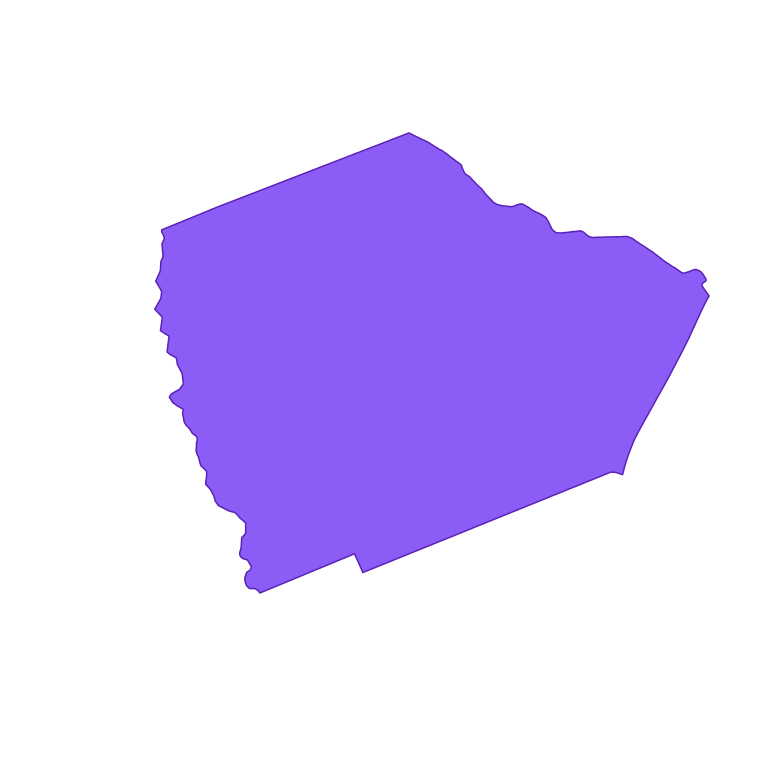 Hurlingham, Buenos Aires, Argentina, rotated 293°
{"feature_id": "61730980B67082136706980", "entity_name": "Hurlingham", "entity_type": "district", "adm_level": 2, "iso_a3": "ARG", "parent_name": "Argentina", "parent_adm1": "Buenos Aires", "projection": "albers", "projection_center": [-58.642, -34.598], "detail": "fine", "context": "isolated", "style": "filled", "palette": "violet", "viewbox_px": 768, "rotation_deg": 293, "n_neighbors": 0, "source": "geoboundaries", "source_scale": "gbopen_adm2", "svg_char_len": 3207}
<svg xmlns="http://www.w3.org/2000/svg" viewBox="0 0 768 768"><g transform="rotate(293 384 384)"><path d="M143.1,351.4L216.2,423.2L202.2,438.2L391.3,627.0L392.5,629.6L393.2,632.1L393.8,639.0L406.5,637.2L414.2,636.6L423.9,636.3L428.3,636.2L432.6,636.3L443.0,637.2L500.1,643.3L528.1,645.6L544.8,646.7L573.7,647.5L584.3,648.0L592.1,648.8L593.0,647.2L598.6,638.4L600.4,637.8L602.6,638.6L603.6,639.6L604.9,640.0L606.4,639.5L607.7,637.6L608.6,636.2L610.2,634.0L611.0,632.1L611.3,630.6L611.5,628.9L611.3,626.4L610.6,625.0L608.9,623.1L606.8,621.1L604.6,618.4L602.7,616.0L603.0,614.0L603.3,612.2L603.7,610.6L604.0,609.0L604.5,607.2L604.7,605.5L604.9,603.2L605.7,599.3L606.4,594.8L607.7,590.3L609.6,582.7L610.6,579.1L610.9,576.8L611.9,571.8L612.5,568.6L613.0,564.8L613.7,562.0L614.0,559.5L614.8,557.3L615.0,554.9L614.9,550.7L613.8,547.7L612.9,546.0L612.0,544.4L610.8,541.5L609.0,537.4L607.5,534.3L606.0,530.7L605.3,529.4L604.6,527.8L602.3,522.8L600.8,519.8L600.1,517.4L599.9,515.6L600.0,514.0L600.5,512.3L601.1,510.2L601.7,508.7L601.9,506.7L601.8,505.1L600.4,502.7L598.9,500.1L598.1,498.4L596.9,496.3L595.7,494.4L594.0,491.2L593.3,489.8L592.5,488.5L591.7,486.7L591.1,485.1L590.6,483.2L591.4,479.7L592.4,477.8L593.7,476.5L595.3,474.3L597.1,472.7L598.6,470.5L600.4,468.1L600.8,466.4L601.3,464.2L601.7,460.0L601.7,457.3L601.8,453.8L602.5,450.1L603.1,448.0L603.4,444.7L603.8,441.5L603.4,439.8L601.8,437.7L600.7,436.1L598.6,434.4L596.8,431.4L596.1,429.4L595.6,427.4L594.6,424.4L593.7,420.4L593.5,416.9L593.8,414.8L594.2,413.2L595.5,410.4L597.0,406.8L598.1,404.4L598.9,402.5L599.9,401.0L600.9,399.0L601.9,397.3L602.9,394.2L603.6,392.1L605.0,389.1L605.8,387.1L607.1,384.3L608.4,381.5L608.5,379.6L608.8,377.8L609.8,375.6L612.8,372.3L613.8,371.2L615.3,370.3L616.1,368.7L616.6,367.1L617.1,364.7L617.5,362.4L618.0,361.0L618.7,357.7L619.0,356.2L619.9,353.5L620.7,350.2L621.6,345.7L621.6,343.1L622.1,341.0L622.3,339.0L622.6,336.8L623.7,330.8L623.9,328.3L624.0,325.7L624.0,323.6L624.2,320.9L624.4,316.1L624.5,314.5L624.8,311.3L624.9,308.9L482.7,162.4L439.1,119.2L437.2,119.9L434.6,123.1L431.9,125.0L426.1,124.9L415.1,130.8L409.4,130.8L403.7,132.9L400.5,133.9L389.4,133.7L385.1,139.8L382.1,143.3L375.5,145.1L363.3,143.7L358.9,153.8L345.7,157.4L344.7,162.9L344.1,167.4L328.7,171.8L327.5,176.2L326.9,182.6L321.0,186.4L314.9,194.0L305.7,199.3L299.3,197.9L292.9,192.9L290.6,191.7L288.0,191.6L284.3,197.0L283.0,202.8L282.2,209.2L278.3,210.0L275.3,212.1L272.1,214.2L270.8,215.1L268.8,217.8L267.2,221.8L265.6,224.3L263.7,226.9L263.0,229.8L262.3,232.2L259.9,233.9L256.5,234.4L253.2,235.8L249.5,236.9L246.3,239.3L244.9,241.1L243.7,242.3L240.4,244.7L237.2,247.4L235.7,251.4L235.1,253.2L234.2,254.8L230.6,256.5L223.9,258.3L222.0,259.1L219.3,265.0L218.1,266.7L214.5,271.1L210.0,274.7L207.4,279.1L206.7,287.9L206.6,291.7L207.5,297.0L205.3,302.0L204.2,304.1L203.6,306.3L202.6,309.3L202.2,310.8L195.5,313.8L192.3,314.9L189.8,314.2L187.1,313.0L178.2,316.2L173.4,317.0L171.3,317.4L169.3,319.0L168.2,321.7L168.4,324.6L168.6,327.1L164.0,333.3L160.7,333.6L158.4,332.2L156.9,331.2L151.7,331.5L149.6,332.3L146.1,334.7L144.2,337.0L143.2,340.0L143.8,341.8L145.3,345.0L144.6,349.0L143.1,351.4Z" fill="#8b5cf6" stroke="#5b21b6" stroke-width="1.5"/></g></svg>